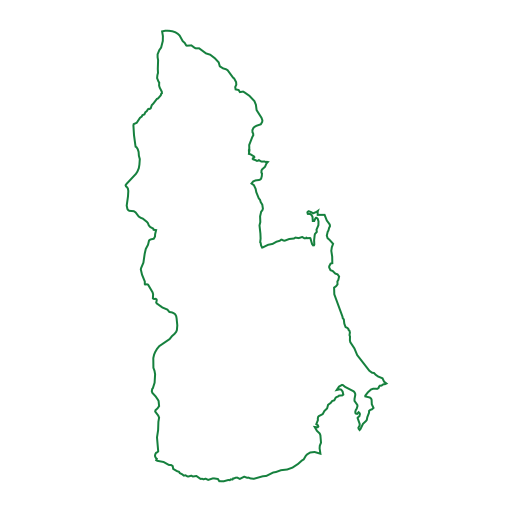 Guayabal De Síquima, Cundinamarca, Colombia
{"feature_id": "7082276B27763820431967", "entity_name": "Guayabal De Síquima", "entity_type": "district", "adm_level": 2, "iso_a3": "COL", "parent_name": "Colombia", "parent_adm1": "Cundinamarca", "projection": "orthographic", "projection_center": [-74.482, 4.888], "detail": "fine", "context": "isolated", "style": "outline", "palette": "green", "viewbox_px": 512, "rotation_deg": 0, "n_neighbors": 0, "source": "geoboundaries", "source_scale": "gbopen_adm2", "svg_char_len": 6071}
<svg xmlns="http://www.w3.org/2000/svg" viewBox="0 0 512 512"><path d="M157.6,57.3L158.1,60.3L157.8,68.8L158.0,72.9L157.4,75.1L157.1,78.1L158.5,81.6L159.2,82.5L159.1,85.6L159.7,87.6L161.8,91.7L161.9,93.3L161.2,93.8L160.8,95.3L158.0,98.5L156.9,98.9L153.3,103.6L151.8,105.1L150.7,108.3L149.6,109.0L148.9,108.8L148.0,109.2L146.8,111.1L145.3,112.3L144.4,114.4L142.5,115.1L141.7,116.6L140.0,117.8L136.7,122.8L133.7,124.1L133.4,125.4L134.0,135.1L135.3,144.8L135.6,146.7L136.5,147.2L137.7,149.1L138.6,151.9L138.9,155.8L139.8,159.1L139.4,164.7L138.8,168.2L137.4,171.6L135.9,173.9L126.6,183.8L125.6,185.2L126.0,186.4L127.1,187.3L127.9,188.6L128.3,191.0L128.0,196.3L126.7,205.6L127.4,209.0L128.3,210.2L129.3,210.8L133.8,211.2L135.6,212.4L138.7,216.5L140.7,217.8L142.8,218.6L146.8,221.8L147.9,223.1L148.8,225.4L150.2,227.0L153.2,228.6L153.6,229.8L156.1,230.1L155.1,234.3L155.0,236.5L154.3,237.8L153.7,238.8L151.1,239.3L149.5,240.0L149.0,240.7L148.0,244.8L145.8,248.9L144.7,253.7L143.4,262.7L141.1,268.1L140.8,269.4L142.0,274.6L144.8,281.5L144.8,284.1L145.1,284.5L147.0,284.3L148.1,284.7L152.6,292.4L153.1,294.3L152.9,298.4L154.1,299.0L155.7,298.8L156.6,299.5L156.7,300.5L156.2,302.5L156.7,303.4L162.4,307.5L167.4,309.6L169.4,312.0L171.9,312.4L173.7,313.2L175.2,314.3L176.2,316.2L176.6,318.4L177.3,325.4L176.9,330.0L176.2,331.8L174.5,333.9L171.9,336.2L169.6,339.1L159.3,346.1L157.0,348.9L155.2,352.0L154.1,354.6L153.3,358.1L153.4,367.8L154.5,370.8L155.1,374.3L154.6,382.7L152.9,388.1L152.2,389.0L151.8,391.2L152.3,392.8L155.7,396.5L158.0,399.9L158.6,401.0L159.1,406.1L157.5,408.4L155.5,410.2L155.2,411.6L158.2,415.5L159.1,417.6L158.4,421.8L158.1,430.2L157.0,437.4L158.2,451.3L157.4,452.2L156.1,452.8L155.3,454.2L155.0,455.7L155.2,456.7L156.1,458.3L156.8,458.8L156.2,460.2L157.3,460.8L163.6,462.0L168.8,464.9L171.3,465.1L172.7,466.1L173.2,468.9L177.1,471.2L179.0,471.8L179.8,473.1L182.2,474.3L183.8,475.6L185.5,475.3L187.4,476.4L188.4,476.5L191.3,475.7L192.9,476.5L196.4,476.0L200.5,478.9L202.2,478.8L203.5,479.3L205.6,478.7L208.2,479.9L212.8,478.4L214.1,478.4L217.9,479.0L219.3,481.2L223.6,481.3L228.3,480.0L229.8,480.2L230.7,479.4L232.5,479.5L233.2,478.4L233.8,478.5L235.7,477.7L237.2,477.6L239.8,478.9L244.2,476.7L247.2,477.8L248.4,477.6L250.4,478.4L253.8,478.8L262.7,476.3L266.4,475.9L273.2,472.5L276.0,472.0L281.0,470.2L287.2,469.5L292.5,467.6L298.1,463.9L301.9,460.5L303.7,459.4L305.8,455.8L307.1,454.4L310.2,452.5L314.6,452.0L320.4,453.7L319.6,448.3L319.8,445.7L321.0,442.7L320.4,435.3L319.7,433.5L316.9,430.8L314.7,427.0L317.6,427.3L318.3,426.6L317.9,425.3L316.3,424.2L317.9,420.1L317.8,418.5L318.1,417.0L318.7,416.2L322.7,414.1L324.4,411.0L327.1,408.4L328.1,404.8L330.6,403.0L332.2,401.0L334.3,400.3L335.6,397.8L336.3,397.2L338.4,396.3L339.1,395.6L342.3,395.4L343.3,394.6L342.6,391.5L341.2,389.7L339.9,389.3L336.7,390.0L339.0,386.6L342.0,384.9L342.9,385.1L345.1,386.9L353.4,391.2L354.1,391.7L355.1,393.4L355.3,394.8L354.5,398.9L354.5,400.9L357.3,404.9L357.5,406.0L356.7,408.7L355.8,410.0L355.3,411.8L355.4,413.0L355.7,413.5L357.1,413.9L358.6,412.2L359.6,413.2L359.9,414.1L359.4,416.2L357.7,417.6L357.6,418.0L359.7,424.0L359.6,425.6L358.4,427.7L358.6,428.7L359.6,430.0L360.5,429.0L363.0,423.8L365.9,421.1L366.8,419.9L367.3,417.2L369.0,412.8L369.1,410.9L370.3,409.9L372.0,409.3L373.5,407.9L371.8,404.3L371.6,399.9L371.1,398.6L369.8,397.5L365.3,396.4L365.3,395.6L368.0,392.2L371.0,389.5L373.3,388.7L377.4,388.8L378.7,387.8L379.0,386.7L379.8,385.7L381.5,385.6L383.3,384.3L384.9,384.2L386.4,383.5L384.1,381.7L382.5,378.3L378.1,376.5L375.6,374.7L374.0,373.0L372.0,372.7L369.3,370.7L357.2,355.1L354.4,348.4L350.3,342.2L349.9,340.3L350.0,336.5L349.5,335.1L349.9,332.6L349.5,330.8L348.5,329.8L348.3,328.8L347.3,327.9L345.6,327.1L345.2,326.1L344.3,323.6L343.8,319.4L342.7,318.1L342.5,316.7L334.3,294.3L334.1,287.6L336.1,286.2L337.5,284.4L337.4,281.4L338.3,280.0L339.1,276.5L337.5,274.3L335.3,273.6L332.7,271.0L330.5,270.2L329.2,267.5L329.2,266.3L330.6,263.6L332.3,263.2L332.2,256.7L331.3,250.8L331.8,247.3L333.1,243.8L329.4,239.7L327.6,238.2L326.8,235.6L327.7,231.7L328.4,230.6L329.2,227.6L329.9,226.5L329.9,225.1L329.4,224.0L326.8,220.5L324.6,214.9L317.7,214.9L317.6,211.8L317.9,210.9L316.5,211.9L313.1,213.3L311.3,212.2L308.7,211.2L307.7,211.8L307.4,212.5L307.8,213.9L310.1,214.0L311.5,215.0L312.5,216.8L312.8,221.0L314.2,221.0L315.3,218.6L315.9,217.8L316.6,217.8L317.7,218.8L318.5,221.4L318.4,225.2L316.5,229.7L316.8,231.9L315.0,233.9L314.7,235.0L314.1,240.2L314.3,244.5L314.0,245.3L313.1,245.4L312.1,244.1L310.4,238.3L310.0,238.0L307.4,238.2L306.4,237.7L306.1,238.2L304.4,238.3L302.2,237.0L298.7,238.1L295.4,237.6L294.0,238.5L289.2,239.0L284.7,240.7L283.4,240.5L281.8,239.7L281.2,239.7L279.7,240.8L276.5,241.7L272.6,243.9L268.1,244.8L262.6,247.5L262.1,247.6L261.0,245.2L260.7,243.0L260.2,242.3L260.6,238.5L260.4,233.6L259.5,225.4L260.3,222.1L260.1,216.3L261.2,211.6L262.3,210.4L262.9,208.7L262.7,207.3L262.3,204.7L260.7,202.1L260.0,199.8L258.8,198.4L256.3,192.2L255.6,188.8L253.9,185.2L251.5,183.5L253.2,181.4L255.6,180.4L259.0,180.0L260.1,179.6L261.1,178.7L261.8,176.1L262.0,173.4L261.4,172.7L261.5,170.6L262.0,169.5L265.0,166.8L266.5,163.4L267.8,162.0L266.8,161.8L266.1,162.2L264.5,161.5L261.7,161.6L260.6,161.2L258.9,160.1L257.9,160.8L256.5,160.8L255.8,160.2L253.2,159.4L252.7,158.9L252.8,158.3L254.3,157.3L254.2,156.6L250.5,154.3L248.9,153.9L249.2,151.9L249.0,152.1L248.9,150.1L249.3,148.4L249.2,145.0L252.3,137.0L253.3,135.2L253.1,133.3L252.5,132.4L252.4,130.1L253.5,127.8L254.5,126.9L256.4,125.8L260.8,124.3L262.2,121.9L262.4,120.4L261.5,117.8L256.6,110.1L255.9,104.8L254.4,101.1L249.4,95.8L244.5,92.4L243.1,91.6L239.9,92.1L238.6,90.0L235.6,89.4L235.2,87.1L236.3,84.7L236.1,82.1L234.1,78.4L233.1,77.7L227.6,70.2L225.9,69.2L223.1,68.4L219.8,66.3L218.7,62.4L214.9,58.3L210.2,54.7L206.0,53.4L199.1,48.3L195.7,48.3L194.6,47.8L191.4,45.4L186.8,45.7L186.2,45.4L184.7,42.9L182.7,41.1L179.6,35.5L177.8,33.8L175.4,32.3L172.5,31.3L169.1,30.8L165.4,30.7L162.1,31.4L162.9,36.1L162.8,41.0L161.1,47.6L159.3,50.1L157.6,54.3L157.6,57.3Z" fill="none" stroke="#15803d" stroke-width="2"/></svg>